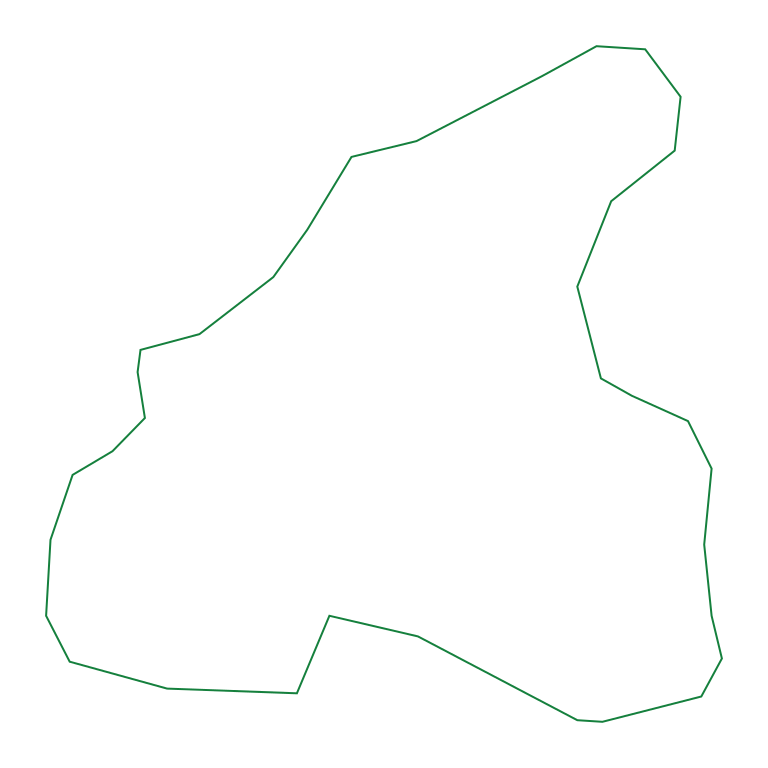 SVG path tracing the border of Francistown
{"feature_id": "BWA-5502", "entity_name": "Francistown", "entity_type": "City", "adm_level": 1, "iso_a3": "BWA", "parent_name": "Botswana", "parent_adm1": "", "projection": "mercator", "projection_center": [27.509, -21.161], "detail": "fine", "context": "isolated", "style": "outline", "palette": "green", "viewbox_px": 768, "rotation_deg": 0, "n_neighbors": 0, "source": "natural_earth", "source_scale": "10m", "svg_char_len": 538}
<svg xmlns="http://www.w3.org/2000/svg" viewBox="0 0 768 768"><path d="M596.5,46.2L645.2,49.3L680.6,96.8L674.7,150.6L611.2,201.2L577.3,286.6L600.9,378.4L631.9,395.8L688.0,421.1L711.6,468.6L704.2,544.6L711.6,615.8L721.9,658.5L701.3,696.5L602.4,721.8L577.3,720.2L417.9,636.4L329.4,615.8L296.9,693.3L167.1,688.6L69.7,661.7L46.1,615.8L50.5,539.8L72.6,474.9L112.5,451.2L144.9,418.0L137.6,372.1L140.5,349.9L199.5,334.1L273.3,277.1L307.3,229.7L351.5,156.9L416.5,141.1L541.9,76.2L596.5,46.2Z" fill="none" stroke="#15803d" stroke-width="2"/></svg>